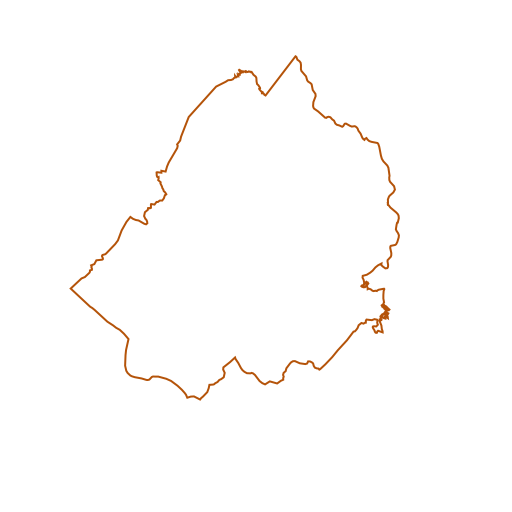 Remolino, Magdalena, Colombia, rotated 313°
{"feature_id": "7082276B2618998543770", "entity_name": "Remolino", "entity_type": "district", "adm_level": 2, "iso_a3": "COL", "parent_name": "Colombia", "parent_adm1": "Magdalena", "projection": "natural_earth1", "projection_center": [-74.562, 10.638], "detail": "fine", "context": "isolated", "style": "outline", "palette": "amber", "viewbox_px": 512, "rotation_deg": 313, "n_neighbors": 0, "source": "geoboundaries", "source_scale": "gbopen_adm2", "svg_char_len": 6139}
<svg xmlns="http://www.w3.org/2000/svg" viewBox="0 0 512 512"><g transform="rotate(313 256 256)"><path d="M83.6,239.4L82.9,241.9L82.9,245.6L83.4,247.3L84.7,250.0L88.4,255.8L90.7,260.5L91.6,261.5L92.9,262.3L96.4,262.3L97.5,262.8L101.1,266.7L105.0,274.1L106.7,279.1L107.6,287.1L107.6,293.0L107.2,297.3L106.8,299.4L105.5,302.4L108.7,304.2L111.0,306.4L112.9,313.0L114.5,312.8L117.1,313.1L123.2,313.2L127.0,311.6L130.0,309.8L132.7,312.3L133.8,312.9L135.0,312.9L137.6,313.8L140.3,313.7L142.2,314.5L145.3,315.1L149.2,312.8L150.6,309.4L152.3,308.1L160.8,309.4L167.5,309.9L166.7,311.4L165.7,315.9L163.8,321.4L163.3,323.9L163.4,326.5L164.1,329.3L166.5,332.1L167.4,332.4L168.1,333.7L168.3,336.4L167.0,343.9L167.3,347.3L168.3,350.2L173.7,351.6L177.2,358.4L181.7,359.3L184.1,360.3L185.3,359.1L186.6,358.6L187.5,356.9L189.4,355.9L192.0,356.2L194.6,354.8L200.4,354.2L202.3,354.2L204.3,354.8L205.7,356.2L207.4,361.2L210.6,365.8L212.2,366.7L214.5,366.0L215.7,367.4L216.3,369.3L216.4,371.0L215.0,373.2L214.5,375.2L215.3,377.2L216.3,378.5L216.1,379.8L217.0,380.1L224.1,380.6L234.0,380.7L243.0,380.1L256.4,380.0L267.2,378.9L268.3,379.7L270.4,379.7L272.6,379.4L275.4,378.3L278.9,378.8L279.9,380.8L281.3,381.1L282.1,381.8L283.7,380.4L284.9,380.2L288.1,384.5L290.6,385.7L292.0,388.0L291.7,388.8L289.8,390.2L288.8,392.0L286.5,392.0L285.0,390.1L284.1,389.6L283.5,390.0L283.0,391.0L282.4,393.5L281.7,394.5L281.5,395.7L281.7,396.3L282.5,396.8L283.4,396.2L284.6,396.3L286.5,400.7L287.3,399.9L288.4,397.8L290.7,395.1L292.6,391.0L293.5,390.9L294.5,391.4L295.7,391.2L293.2,390.7L293.2,390.2L294.0,389.6L294.9,390.2L295.6,389.8L296.7,388.2L297.2,388.2L296.3,389.2L298.9,388.0L300.1,388.4L299.9,388.8L298.0,389.0L297.1,390.4L298.5,393.4L298.9,393.1L299.4,391.6L300.3,392.5L301.1,392.1L300.3,393.2L300.5,394.8L301.5,393.6L300.9,388.9L304.1,388.4L304.0,389.0L302.3,389.2L301.8,390.8L302.2,391.6L302.2,392.4L304.3,391.9L303.6,389.5L304.6,389.1L305.2,389.2L305.3,388.8L305.8,389.0L305.8,388.2L307.1,387.0L305.9,387.8L305.6,388.6L304.9,387.9L305.1,387.2L304.9,384.8L305.1,385.5L306.3,386.6L307.1,385.6L306.4,386.1L305.6,385.6L305.6,382.6L305.2,382.7L305.6,381.6L306.2,381.7L306.5,384.5L307.4,385.6L307.3,387.6L307.0,388.0L307.0,390.1L307.8,390.1L307.8,389.7L307.3,389.7L307.3,389.3L307.6,389.5L307.8,388.0L307.9,385.5L307.4,383.8L307.8,382.0L308.3,381.5L309.4,381.3L311.7,378.2L314.4,375.7L317.5,373.2L319.3,372.4L319.4,372.0L318.7,371.4L315.1,368.8L313.5,368.2L312.8,368.3L312.1,367.1L310.5,365.9L310.0,364.8L309.9,362.8L309.5,361.7L308.9,360.7L307.9,360.3L308.9,359.3L309.4,357.8L311.4,356.3L311.7,356.4L311.7,357.0L312.5,356.9L312.8,355.7L312.3,355.5L312.4,354.3L311.5,354.2L310.7,355.9L309.6,356.8L307.6,357.0L306.7,356.2L307.2,355.2L306.5,355.8L306.3,355.6L305.8,354.6L305.8,353.6L306.9,353.6L308.4,354.7L309.1,354.4L309.0,354.2L310.3,353.3L312.0,350.9L312.8,348.7L314.3,347.6L317.8,349.8L321.8,350.9L324.8,351.3L329.1,351.1L332.4,351.6L336.1,352.9L334.8,353.9L334.8,356.1L335.2,359.1L336.7,360.3L338.0,360.0L339.5,358.8L341.8,355.8L342.7,355.1L347.4,355.1L348.7,354.5L350.4,353.0L353.4,348.7L354.7,347.7L355.4,347.7L358.9,350.2L360.1,350.5L362.6,349.8L366.9,347.7L368.6,346.4L369.6,344.3L370.2,341.7L370.9,340.1L374.9,337.4L376.6,336.5L377.1,336.9L379.4,335.6L381.0,334.7L382.7,332.8L383.3,331.3L383.5,328.9L383.1,321.3L383.6,318.2L383.3,317.7L383.6,317.2L384.6,316.6L384.7,316.1L385.1,316.1L387.3,313.9L389.7,312.9L391.1,312.6L396.1,313.1L399.3,312.3L401.2,309.4L401.7,303.4L402.5,301.7L404.4,299.8L405.7,299.0L410.8,292.7L411.7,290.4L412.1,284.7L412.9,281.8L414.7,278.8L419.9,271.7L421.3,269.1L421.5,267.8L418.3,262.7L417.3,260.5L417.2,258.3L417.6,256.3L415.9,255.8L414.9,256.1L414.7,254.9L415.0,253.1L416.8,249.1L417.5,245.4L418.5,243.4L418.7,242.1L418.6,240.5L418.2,239.6L416.0,237.8L415.3,236.0L414.2,231.5L413.2,230.7L410.4,231.2L409.3,230.9L408.3,227.9L407.1,225.6L407.0,223.7L408.2,220.8L407.9,218.5L408.2,215.8L407.4,214.2L406.1,213.3L405.1,213.3L404.3,212.2L404.1,202.8L403.4,197.9L403.8,196.7L404.7,195.4L407.7,193.0L413.6,190.6L415.1,188.9L416.1,184.3L419.5,179.6L419.6,178.0L419.1,175.1L419.4,173.6L421.5,170.1L422.3,163.0L423.2,161.5L426.4,158.6L427.8,156.8L428.1,154.9L427.8,152.4L429.1,149.8L429.1,149.1L429.0,148.7L379.9,153.5L379.6,152.2L380.0,151.0L379.5,150.1L379.6,149.4L379.2,149.2L379.5,148.9L380.0,149.0L380.2,149.5L380.4,149.2L379.9,147.5L380.2,144.8L380.5,144.3L381.4,144.6L381.8,144.1L382.5,141.2L382.5,139.5L384.0,137.4L386.5,134.8L387.0,133.4L386.8,130.6L387.6,127.3L387.0,127.0L387.1,126.4L386.2,125.4L386.2,124.8L385.8,124.5L385.9,124.0L385.5,124.7L385.1,124.5L384.5,124.0L384.3,122.4L383.4,122.0L383.2,122.3L383.0,121.7L382.2,121.3L382.2,120.8L381.6,121.0L381.5,120.2L380.9,120.3L381.2,118.8L380.6,116.0L379.5,120.0L378.5,119.8L377.6,120.4L377.2,119.2L376.7,120.0L375.7,120.3L375.7,119.9L375.3,120.5L374.9,119.9L373.9,119.8L373.7,119.4L373.2,119.7L372.8,119.4L372.9,119.0L373.2,118.9L373.4,118.0L372.4,119.0L371.0,118.5L369.5,118.6L367.7,117.7L365.5,115.7L362.7,115.0L352.7,111.3L311.8,112.0L292.2,119.8L288.7,121.8L283.8,122.2L283.2,123.6L281.1,124.8L264.9,128.4L260.8,129.9L256.1,132.3L253.8,128.7L252.4,130.0L249.8,126.5L249.3,126.3L247.2,128.5L246.5,129.7L246.7,130.7L247.3,130.9L246.5,131.8L244.8,132.7L244.9,136.0L243.9,136.6L242.7,139.8L241.7,141.4L241.5,142.6L240.5,144.4L240.6,146.0L240.0,148.3L238.8,148.2L238.4,147.9L235.3,149.3L232.6,149.6L230.9,147.8L228.6,147.4L227.7,146.4L224.4,146.7L222.5,143.9L221.9,144.1L219.6,146.3L218.4,145.8L218.3,145.2L217.4,144.4L216.0,145.4L212.3,144.9L208.9,146.9L207.7,149.8L207.8,150.8L207.0,152.8L205.8,154.2L204.2,154.0L203.4,152.4L201.9,145.9L200.4,143.6L199.3,140.7L198.9,137.5L192.6,138.0L183.1,140.3L173.2,144.4L168.6,144.9L155.7,144.7L154.6,144.6L152.1,143.1L151.5,143.1L150.8,143.5L149.9,145.6L149.1,146.2L148.4,146.0L144.0,142.2L139.8,143.3L136.7,141.8L136.2,143.0L135.5,143.3L134.8,144.7L134.0,145.4L132.2,144.4L131.2,145.3L130.1,145.6L123.9,145.2L120.6,143.7L105.8,142.7L105.8,169.3L106.3,171.7L106.5,174.7L106.6,192.1L107.8,198.9L108.1,202.6L109.1,206.7L109.1,212.4L108.3,219.4L98.6,225.1L94.5,228.2L86.5,235.1L83.6,239.4Z" fill="none" stroke="#b45309" stroke-width="2"/></g></svg>